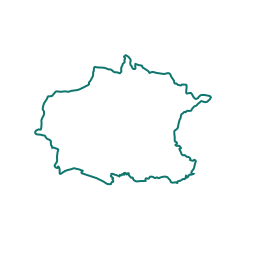 outline of Himachal Pradesh, rotated 315°
{"feature_id": "IND-2429", "entity_name": "Himachal Pradesh", "entity_type": "Union Territory", "adm_level": 1, "iso_a3": "IND", "parent_name": "India", "parent_adm1": "", "projection": "orthographic", "projection_center": [77.297, 31.808], "detail": "fine", "context": "isolated", "style": "outline", "palette": "teal", "viewbox_px": 256, "rotation_deg": 315, "n_neighbors": 0, "source": "natural_earth", "source_scale": "10m", "svg_char_len": 5808}
<svg xmlns="http://www.w3.org/2000/svg" viewBox="0 0 256 256"><g transform="rotate(315 128 128)"><path d="M178.6,88.0L179.9,90.8L181.8,93.6L181.9,94.1L181.8,94.4L181.5,94.8L181.2,95.3L181.1,95.9L181.4,96.5L182.5,101.6L182.5,102.8L182.2,103.8L182.3,104.4L183.2,104.7L184.9,105.6L186.0,107.1L186.8,108.8L191.4,115.0L192.8,116.1L194.9,117.3L195.4,117.8L195.9,119.0L195.8,120.0L194.8,122.4L194.6,123.5L194.2,125.8L194.0,126.9L192.7,128.8L192.6,129.7L193.8,131.0L193.7,132.0L193.7,132.6L193.9,133.0L194.5,133.7L194.9,134.6L195.2,135.0L195.5,135.3L195.9,135.4L196.8,135.4L198.6,137.2L199.7,138.6L199.5,139.3L198.7,140.2L194.1,144.1L194.0,145.3L195.7,146.4L197.2,147.6L197.1,149.5L196.4,151.6L196.1,153.7L196.2,154.7L196.4,155.2L196.8,155.6L198.3,156.3L198.9,156.3L200.1,156.0L201.3,156.1L202.0,156.1L203.4,156.6L204.0,157.3L205.5,158.8L208.3,163.0L208.5,163.9L208.3,164.9L206.8,165.4L205.5,165.6L202.5,165.4L201.3,164.7L200.7,164.1L200.1,163.1L199.1,161.2L198.8,160.8L198.1,160.6L196.9,160.7L195.4,160.4L193.8,160.4L192.8,160.5L192.1,160.4L191.2,160.1L190.7,159.8L189.9,159.6L188.8,159.6L186.8,159.8L185.8,160.1L185.0,160.3L184.5,160.1L183.7,159.6L182.2,157.9L181.7,157.6L181.3,157.5L180.7,157.6L180.2,157.6L179.7,157.3L179.5,156.8L179.1,156.5L178.7,156.4L177.7,156.4L176.0,156.2L175.3,156.2L174.7,156.4L172.3,158.1L170.1,158.8L166.8,160.7L164.6,162.3L163.2,163.1L162.6,163.2L161.7,163.3L159.6,162.9L159.1,162.9L158.5,163.1L157.9,163.5L156.5,165.0L155.0,167.0L152.2,169.9L151.8,170.4L151.7,170.9L152.2,171.9L152.3,172.4L152.0,173.1L151.6,173.5L151.1,173.8L150.7,173.8L149.8,173.5L149.5,173.8L149.5,174.4L150.1,175.4L150.5,175.9L151.0,176.1L151.4,176.5L151.6,177.1L151.6,178.4L151.3,179.6L150.7,179.6L150.0,179.1L149.6,179.1L149.1,179.9L148.6,181.7L147.5,184.2L147.3,185.2L147.5,186.0L148.9,187.3L149.1,188.2L149.1,189.4L149.3,190.1L150.1,191.0L150.3,191.4L150.6,192.8L150.5,193.4L150.2,193.9L149.4,194.4L149.3,194.7L150.4,196.6L150.7,197.1L151.3,197.3L152.4,197.4L152.6,197.7L152.7,198.5L152.6,199.1L152.1,199.8L151.6,199.9L150.5,200.4L146.7,202.8L145.6,203.3L142.4,203.8L141.3,204.3L140.8,205.0L140.9,205.5L141.6,206.5L141.8,206.8L141.7,206.8L139.6,205.6L138.4,204.5L137.6,204.5L137.1,204.7L135.9,204.9L134.9,204.9L134.6,204.7L135.3,203.6L135.5,203.2L135.4,202.8L135.1,202.9L133.5,203.9L132.8,204.2L132.0,204.2L131.6,203.9L131.0,203.1L130.6,202.9L128.4,202.5L127.8,202.3L127.1,201.8L125.4,200.9L124.1,201.7L123.8,201.6L123.6,201.0L123.5,200.3L120.9,198.2L120.3,197.3L120.1,196.5L120.8,195.0L121.0,194.3L120.9,192.7L121.1,191.3L121.0,190.4L120.6,189.7L119.9,188.7L119.4,188.1L118.1,187.2L116.0,185.9L114.5,185.4L114.0,185.0L113.9,184.6L113.9,184.3L113.7,183.6L113.3,183.3L112.9,183.0L112.2,182.9L111.9,182.6L111.5,182.1L111.3,181.5L111.1,180.4L110.8,179.8L109.5,178.2L108.7,178.1L108.1,178.2L107.4,178.4L106.7,178.3L106.3,178.0L105.9,177.5L105.4,176.6L105.3,176.4L105.0,176.3L104.3,176.5L103.6,177.0L103.0,177.8L100.8,175.9L99.8,174.7L97.2,172.7L96.2,171.7L95.8,170.9L95.4,169.7L95.3,169.2L95.4,168.1L96.1,166.7L96.1,166.2L95.2,165.6L95.1,165.1L95.2,162.3L95.4,161.9L96.1,161.1L96.4,160.4L96.2,160.1L95.8,159.9L94.6,160.1L94.3,160.0L94.2,159.8L94.5,158.8L94.4,158.2L94.0,157.5L93.6,157.1L93.4,157.1L93.3,157.3L92.8,158.2L92.4,158.4L92.1,158.2L91.9,157.2L91.6,156.8L91.4,156.6L90.6,156.5L90.2,156.9L89.6,156.5L89.2,155.8L89.0,155.5L88.7,155.6L88.2,156.1L87.9,156.1L87.5,156.0L87.3,155.0L86.3,152.9L84.5,149.3L83.8,148.7L83.4,149.3L82.1,149.7L81.8,150.3L82.1,152.4L81.9,152.9L81.7,153.2L81.0,153.0L80.7,153.3L80.5,153.7L80.4,154.6L80.1,155.0L79.8,155.3L79.5,155.4L79.1,155.3L78.3,154.9L77.3,155.0L76.3,155.5L75.3,154.8L74.3,153.7L73.8,152.8L73.5,152.0L72.8,148.6L70.3,141.2L63.5,127.7L63.4,127.3L63.5,126.7L63.7,126.4L64.1,126.3L65.3,126.4L65.7,126.2L65.6,125.8L63.8,122.1L62.1,119.5L61.6,118.5L60.7,117.9L58.0,116.6L55.7,115.1L53.5,114.1L53.2,113.8L52.5,113.9L51.5,113.5L48.6,113.0L47.7,112.6L47.5,112.2L47.7,111.7L50.5,108.7L51.3,107.2L51.5,106.4L51.5,106.1L51.2,105.9L50.9,105.9L50.2,106.3L49.8,106.3L49.4,105.9L49.1,105.2L49.0,104.3L49.1,103.6L49.3,102.9L49.8,102.5L53.1,101.8L54.0,101.5L54.7,101.0L55.4,100.4L57.2,98.3L60.9,95.4L63.1,94.2L63.4,93.9L63.5,93.5L63.4,93.2L61.6,89.4L60.9,88.5L60.5,88.4L60.8,87.9L61.4,86.7L61.4,86.0L62.8,84.0L64.1,82.9L64.2,82.2L64.2,81.0L63.3,78.8L63.1,78.2L63.3,76.3L63.7,75.2L63.7,74.9L63.6,74.3L63.3,73.8L62.5,72.8L61.7,71.3L61.2,70.6L59.7,68.9L59.1,68.1L58.8,67.3L58.7,66.5L58.9,65.9L59.3,65.5L59.8,65.1L60.7,64.9L61.3,64.9L61.8,65.0L63.8,65.8L64.1,66.2L64.9,67.1L65.2,67.4L65.7,67.2L66.6,66.7L70.3,63.5L71.7,61.8L72.6,61.1L75.0,60.1L77.0,59.5L78.0,59.1L78.9,58.4L80.1,57.1L80.5,56.2L80.7,55.5L80.7,54.9L81.0,54.4L81.6,53.8L84.4,52.0L86.4,51.1L91.7,50.0L93.2,49.2L93.9,49.2L96.4,51.3L97.0,51.6L102.3,51.2L102.9,51.3L103.6,51.8L106.4,55.2L107.3,55.8L109.8,58.0L110.9,59.6L111.5,60.2L112.2,60.7L114.3,61.7L118.4,64.9L120.6,66.2L124.5,67.6L130.4,69.5L131.5,69.5L131.8,69.2L132.1,68.6L132.5,68.2L134.9,68.0L136.4,67.6L137.4,67.2L139.3,66.7L139.9,66.4L141.2,65.5L142.8,63.9L144.1,63.5L144.5,63.2L145.6,62.1L146.9,61.4L147.3,61.3L147.7,61.4L148.2,62.0L148.7,62.8L149.8,64.2L152.5,67.1L154.1,69.1L155.8,73.0L156.6,73.6L157.1,74.5L157.4,75.2L157.6,78.0L157.9,78.9L158.4,79.6L159.5,80.8L160.0,81.5L160.5,83.0L161.2,83.6L162.8,83.5L163.5,83.1L164.4,81.9L165.1,81.4L165.4,81.2L165.6,80.7L166.1,80.4L167.9,80.0L169.1,79.2L169.7,79.0L171.4,79.1L172.1,78.9L172.6,78.7L173.2,77.7L173.7,77.3L174.9,76.9L175.3,76.6L175.5,76.1L175.4,75.2L175.5,74.9L176.2,74.8L177.5,74.8L177.8,74.9L178.1,75.5L178.4,76.9L178.6,77.7L178.6,78.5L178.3,80.8L178.2,81.3L177.9,81.8L177.5,82.3L176.3,83.0L175.4,83.8L174.9,84.3L174.4,85.4L174.2,87.1L173.9,87.8L173.6,88.5L173.4,89.4L173.6,90.1L174.0,90.7L174.5,91.1L175.0,91.2L175.4,91.1L177.5,88.7L178.6,88.0Z" fill="none" stroke="#0f766e" stroke-width="2"/></g></svg>